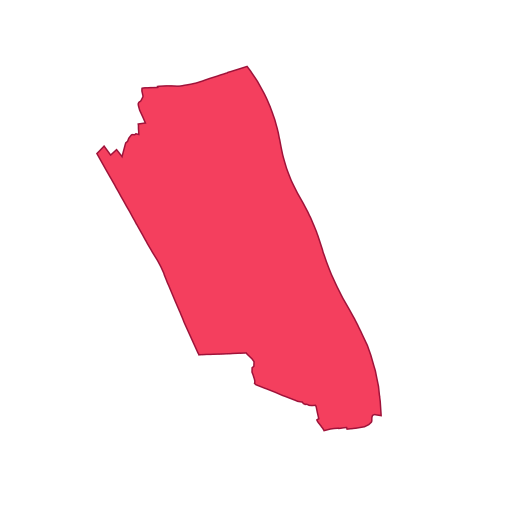 the district of Beuningen, Gelderland, Netherlands, rotated 54°
{"feature_id": "6326949B97064433644944", "entity_name": "Beuningen", "entity_type": "district", "adm_level": 2, "iso_a3": "NLD", "parent_name": "Netherlands", "parent_adm1": "Gelderland", "projection": "natural_earth1", "projection_center": [5.747, 51.864], "detail": "fine", "context": "isolated", "style": "filled", "palette": "rose", "viewbox_px": 512, "rotation_deg": 54, "n_neighbors": 0, "source": "geoboundaries", "source_scale": "gbopen_adm2", "svg_char_len": 5708}
<svg xmlns="http://www.w3.org/2000/svg" viewBox="0 0 512 512"><g transform="rotate(54 256 256)"><path d="M53.3,249.6L53.5,249.8L53.9,250.1L55.0,251.0L55.8,251.5L60.2,253.4L60.8,254.0L62.2,256.7L62.6,257.5L62.9,258.4L62.9,258.8L62.8,259.6L62.8,260.1L63.0,260.8L63.4,261.5L63.5,261.6L63.7,261.9L63.8,262.0L64.4,262.3L64.8,262.5L65.1,262.7L66.1,263.1L69.6,264.4L70.5,264.6L77.1,265.9L80.3,266.6L83.4,267.3L83.1,267.8L80.0,273.7L81.3,274.4L81.5,274.5L83.4,275.9L84.6,276.7L85.8,277.4L88.8,279.4L87.6,280.4L87.2,280.8L86.5,281.3L86.6,282.1L86.6,282.3L86.6,282.5L86.6,282.8L86.3,283.2L86.1,283.5L85.0,284.8L84.9,285.1L84.9,285.5L84.9,286.1L85.0,286.3L85.2,287.1L85.8,289.2L86.0,289.8L86.2,290.1L86.4,290.4L87.3,291.8L87.5,292.0L87.7,292.4L87.7,292.7L87.8,292.9L87.8,293.1L87.8,293.4L87.9,294.1L87.9,294.6L87.9,294.8L88.0,295.0L88.4,295.5L88.6,295.8L89.4,296.8L95.5,304.3L96.9,306.0L96.1,306.0L88.0,306.3L88.9,314.3L84.2,314.3L83.7,314.3L77.8,314.3L77.9,314.7L78.6,318.8L78.9,320.2L79.6,324.5L88.9,325.6L96.5,326.5L106.3,327.6L108.6,327.8L110.2,328.0L112.0,328.2L115.7,328.6L117.6,328.9L119.2,329.1L122.2,329.4L124.7,329.7L128.4,330.2L134.0,330.8L137.2,331.2L139.5,331.5L144.8,332.0L145.8,332.1L148.7,332.5L152.4,333.0L154.2,333.2L156.1,333.4L157.4,333.6L160.0,334.0L160.1,333.9L170.2,335.1L172.2,335.3L175.1,335.7L176.7,335.9L178.3,336.1L178.6,336.2L178.8,336.1L181.6,336.5L182.0,336.6L182.3,336.6L184.3,336.8L187.3,337.1L187.8,337.1L188.6,337.2L192.1,337.6L196.3,337.9L197.6,338.0L199.0,338.1L201.7,338.3L206.8,339.0L209.4,339.4L213.3,340.2L215.3,340.6L216.4,340.9L216.8,341.1L217.0,341.2L218.2,341.5L219.8,341.9L222.2,342.5L225.2,343.3L227.0,343.7L228.2,343.9L245.5,348.0L256.2,350.4L256.5,350.4L259.6,351.2L262.3,351.8L263.5,352.1L265.4,352.6L266.4,352.9L268.6,353.4L271.5,354.0L298.8,359.6L300.2,359.9L300.6,359.9L301.0,360.0L301.5,360.0L302.0,360.1L302.3,360.3L302.7,359.7L302.9,359.6L303.1,359.1L304.8,356.6L305.7,355.2L306.5,353.9L307.8,352.1L308.1,351.7L308.7,350.9L309.4,349.8L309.7,349.3L310.8,347.7L313.3,344.0L313.7,343.5L316.0,340.1L317.4,337.9L320.4,333.5L320.6,333.0L320.7,332.8L320.8,332.7L324.1,327.7L324.6,326.9L325.3,325.9L325.8,325.4L326.0,324.9L326.5,324.2L328.7,320.9L329.5,320.9L330.1,320.9L330.3,320.8L330.7,320.8L333.3,320.3L336.2,319.8L336.5,319.7L336.8,319.7L337.1,319.7L340.2,319.7L340.4,319.8L340.5,319.8L341.1,320.3L343.9,322.5L344.0,322.6L344.1,324.7L344.1,324.8L347.6,327.5L349.5,328.0L350.0,328.1L352.1,328.8L352.9,329.1L353.0,329.1L354.2,329.5L355.0,329.8L355.6,330.1L356.2,330.3L356.7,330.6L356.9,330.8L357.4,331.2L358.2,331.9L358.2,332.0L358.4,332.0L359.9,331.8L361.4,330.9L362.8,330.0L368.0,326.7L369.6,325.6L373.7,323.0L377.3,320.7L379.5,319.4L384.6,316.4L385.2,316.0L386.6,315.0L390.8,312.3L392.2,311.4L394.7,309.8L395.7,309.1L396.1,308.9L398.1,307.7L400.6,305.2L401.2,304.6L401.3,304.6L401.5,304.4L401.9,304.4L403.0,304.4L403.3,304.4L403.5,304.3L403.7,304.1L404.3,303.7L404.9,303.5L405.0,303.5L405.1,303.4L405.1,303.2L405.2,302.8L405.3,302.6L406.3,301.8L406.5,301.6L407.2,301.2L407.7,301.0L407.9,300.9L408.0,300.8L408.2,300.6L408.4,300.4L408.8,299.9L410.0,298.5L410.1,298.3L410.3,297.9L410.8,297.2L411.1,296.7L411.4,296.3L411.4,296.2L411.5,296.0L411.5,295.9L411.8,295.9L412.7,295.7L412.8,295.7L412.9,295.8L413.0,295.8L413.3,295.9L418.1,298.1L424.6,300.9L424.4,301.7L424.4,302.6L424.3,303.0L424.6,303.2L425.0,303.3L426.5,303.5L428.2,303.5L429.3,303.4L430.1,303.4L430.5,303.4L431.7,303.3L432.2,303.4L432.8,303.4L434.0,303.3L434.4,303.3L435.9,303.4L436.9,303.5L437.3,303.6L439.7,297.5L441.3,294.5L441.9,293.5L443.7,290.6L444.0,290.6L444.9,289.2L446.4,286.2L448.0,283.5L449.6,284.1L451.3,281.1L452.2,279.7L452.8,278.5L454.1,276.3L457.9,268.6L458.7,263.9L458.3,260.8L458.2,260.2L458.0,259.9L457.4,259.2L455.4,257.7L454.8,257.2L454.3,256.6L453.7,255.8L453.5,254.9L453.7,254.0L454.1,253.1L455.2,252.1L458.7,248.6L453.5,245.3L446.7,241.0L443.4,239.2L442.3,238.5L441.2,238.0L434.3,234.0L433.4,233.5L424.8,229.6L419.2,227.0L417.0,226.2L415.2,225.6L404.0,221.5L401.7,220.8L397.3,219.5L394.3,218.6L393.9,218.5L393.5,218.4L392.5,218.2L391.3,218.0L384.4,216.7L381.2,216.1L378.8,215.6L374.0,214.8L371.5,214.3L366.2,213.5L364.6,213.2L362.6,213.0L360.1,212.7L354.5,212.0L345.2,211.0L341.4,210.6L337.5,210.0L334.6,209.5L329.0,208.6L324.3,207.7L319.4,206.7L315.3,205.9L309.0,204.3L302.0,202.4L295.2,200.3L292.6,199.6L289.8,198.5L280.9,195.6L275.9,194.0L274.0,193.5L271.8,192.8L268.9,192.1L265.7,191.3L263.0,190.7L259.2,189.8L257.4,189.4L256.4,189.2L254.8,189.0L253.3,188.7L251.4,188.3L244.4,187.3L243.1,187.1L241.0,186.8L229.4,185.5L222.1,184.3L218.7,183.7L215.5,183.1L211.2,182.0L206.7,180.8L204.6,180.2L203.1,179.8L196.6,177.5L192.5,176.0L189.7,174.9L182.8,171.8L175.2,168.2L174.8,168.1L173.5,167.5L169.3,165.5L167.0,164.6L165.4,163.9L162.9,163.0L157.1,160.8L155.5,160.3L152.1,159.3L150.8,158.9L150.2,158.7L144.1,157.0L143.6,156.8L143.0,156.7L141.6,156.4L139.5,155.9L136.4,155.2L133.4,154.6L132.1,154.4L130.6,154.1L128.6,153.8L120.7,152.8L115.8,152.2L114.0,152.1L111.8,152.0L105.0,151.8L103.6,151.7L102.8,151.7L97.4,151.8L94.4,160.8L91.9,168.2L91.0,170.6L90.9,171.1L91.0,171.3L91.0,171.5L90.9,171.9L90.5,172.8L89.8,175.1L88.7,178.2L87.7,181.6L85.7,187.5L85.3,188.6L83.4,194.9L83.4,195.1L82.7,197.4L82.5,197.9L81.9,199.7L81.6,200.7L81.1,202.1L80.5,203.8L80.4,203.9L80.2,204.3L80.1,204.5L79.0,207.1L78.6,208.0L77.6,210.0L77.3,210.7L76.0,213.2L75.6,214.0L75.1,215.2L74.8,215.8L73.8,217.7L73.1,218.8L72.4,219.8L72.0,220.3L69.0,224.0L67.3,226.3L66.1,227.9L64.9,229.7L61.5,235.0L61.0,236.0L61.4,236.1L61.8,236.2L61.9,236.3L61.6,236.9L61.2,237.5L57.5,242.8L56.3,244.7L55.2,246.2L54.6,247.1L54.2,247.8L53.9,248.3L53.5,249.1L53.3,249.6Z" fill="#f43f5e" stroke="#9f1239" stroke-width="1.5"/></g></svg>